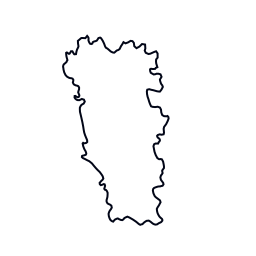 Shklow, Mogilev, Belarus (Natural Earth projection), rotated 70°
{"feature_id": "67162791B50878075194487", "entity_name": "Shklow", "entity_type": "district", "adm_level": 2, "iso_a3": "BLR", "parent_name": "Belarus", "parent_adm1": "Mogilev", "projection": "natural_earth1", "projection_center": [30.382, 54.184], "detail": "fine", "context": "isolated", "style": "outline", "palette": "ink", "viewbox_px": 256, "rotation_deg": 70, "n_neighbors": 0, "source": "geoboundaries", "source_scale": "gbopen_adm2", "svg_char_len": 4583}
<svg xmlns="http://www.w3.org/2000/svg" viewBox="0 0 256 256"><g transform="rotate(70 128 128)"><path d="M152.9,105.0L151.9,104.1L151.3,102.9L150.3,102.1L148.8,102.2L147.5,103.1L146.7,103.4L145.4,103.4L144.8,102.5L144.8,101.7L144.8,100.4L145.8,98.8L146.1,96.7L144.8,95.8L141.0,94.8L139.3,93.7L138.2,92.0L137.4,90.8L135.1,88.4L133.0,86.6L131.5,86.3L130.2,86.8L130.2,87.8L129.2,90.1L127.5,91.4L124.7,91.4L122.0,90.7L119.7,91.0L118.2,92.8L117.6,95.4L116.5,97.7L115.5,98.9L112.9,99.1L110.6,99.1L107.5,98.9L105.4,98.9L102.6,98.5L99.9,97.7L98.6,96.8L98.8,94.8L100.1,93.0L101.2,91.2L102.3,89.7L103.4,88.2L104.1,86.9L104.7,85.6L103.7,83.9L103.0,83.0L101.3,81.2L99.6,81.2L98.2,81.7L96.7,81.8L94.6,81.7L93.3,81.4L92.4,80.2L91.4,79.0L88.7,79.1L87.5,80.7L86.8,82.4L86.8,83.9L86.5,85.5L85.0,86.8L83.9,87.7L82.0,87.7L80.4,87.2L80.2,86.1L81.0,84.7L81.4,83.5L81.7,82.3L81.0,81.3L80.9,79.6L77.0,79.4L75.0,78.9L73.2,78.1L72.0,76.1L68.1,74.7L66.9,75.0L65.5,75.4L65.5,77.6L65.8,81.6L65.5,83.4L63.4,85.6L61.0,85.8L59.2,84.5L55.4,83.4L53.9,86.1L55.4,89.4L55.9,92.7L53.3,94.1L50.0,93.4L47.9,94.1L47.0,95.8L47.6,98.7L47.6,101.4L45.8,102.9L47.5,104.9L48.7,106.6L50.0,107.9L51.0,109.0L51.4,110.6L51.3,111.8L51.7,113.1L52.0,113.7L52.5,115.1L52.1,116.1L51.1,117.2L50.1,118.1L48.2,119.1L46.3,120.2L45.0,121.3L43.5,121.6L40.5,121.6L37.5,121.9L34.4,122.6L33.5,123.3L33.4,125.0L34.1,125.9L35.2,127.4L35.3,128.7L35.1,130.2L35.3,131.7L36.5,132.7L36.5,133.9L35.7,134.9L33.9,135.2L32.2,135.2L31.0,134.7L30.0,134.3L28.9,134.4L27.5,134.9L28.3,136.2L29.0,137.3L28.5,138.5L27.8,140.1L27.5,141.1L27.9,142.3L28.4,143.6L29.0,145.3L31.6,146.1L33.4,146.4L34.5,146.7L35.5,147.6L36.9,149.1L38.7,150.4L40.8,151.6L40.4,153.2L39.8,153.5L38.2,153.8L36.9,154.0L36.4,155.3L37.3,156.3L38.2,157.6L38.0,158.3L36.9,159.0L36.1,159.6L36.2,160.4L37.3,160.8L39.4,161.3L41.0,161.5L42.4,161.6L43.5,161.7L44.2,162.6L45.0,163.3L45.6,164.8L46.2,166.5L46.9,167.3L48.3,168.1L49.3,168.2L51.0,168.6L53.9,168.9L56.8,168.6L58.8,167.8L60.4,166.5L61.2,165.5L62.0,164.0L62.7,163.2L64.1,162.9L65.3,163.5L66.2,164.2L67.5,164.2L68.6,163.9L69.4,163.2L70.1,162.5L70.7,161.5L71.7,160.4L73.2,160.1L74.8,160.7L76.2,161.8L77.4,162.6L78.6,162.6L80.2,162.5L81.1,162.7L82.0,163.8L81.8,164.9L80.9,165.8L79.9,166.4L79.7,167.2L81.1,167.8L82.6,167.4L83.9,166.6L84.6,165.7L85.2,164.2L85.1,162.9L84.9,161.5L86.3,159.7L88.4,159.6L89.9,161.3L90.2,163.1L90.4,163.9L91.4,165.3L92.5,166.3L94.1,166.9L96.4,167.6L99.1,167.9L102.4,168.3L107.0,168.9L111.3,169.6L114.8,170.3L117.3,170.7L119.9,170.8L122.8,170.7L124.3,170.6L125.6,170.6L127.2,171.1L127.7,172.2L127.6,173.6L127.4,174.5L126.6,175.2L127.0,175.9L129.7,176.3L131.8,176.3L133.4,176.2L135.3,175.8L136.7,175.8L137.9,176.0L138.7,176.8L138.7,178.8L138.5,180.2L138.6,180.8L139.6,181.3L140.9,180.6L142.2,179.3L143.5,178.1L144.2,177.5L145.9,175.8L148.9,174.0L152.1,172.9L155.0,171.8L157.3,170.8L159.7,169.6L162.1,168.9L164.0,168.4L165.3,168.3L167.1,168.5L168.0,169.7L168.6,171.2L169.4,172.6L169.8,173.4L171.2,173.7L172.4,173.1L172.5,172.3L172.5,171.2L172.4,170.0L173.0,169.2L174.5,169.3L176.2,170.5L177.0,171.1L178.1,170.8L178.7,169.9L180.1,169.4L181.9,169.3L183.7,170.0L185.7,170.9L187.2,171.9L188.4,172.8L189.9,173.3L190.9,173.2L191.9,173.0L193.0,172.0L194.1,170.9L195.3,170.2L197.3,170.5L198.6,172.0L199.3,173.2L200.5,174.5L201.8,175.5L202.7,175.8L204.6,176.2L206.8,176.2L208.2,176.0L209.6,175.3L210.5,174.5L210.9,173.9L210.7,173.6L210.2,172.8L209.6,171.6L209.4,169.7L209.5,168.5L210.6,167.6L212.0,166.1L212.6,164.9L212.3,163.6L211.4,162.2L211.2,160.8L211.1,158.9L212.6,157.3L215.7,154.7L218.6,152.6L220.1,151.7L221.7,150.8L222.8,150.0L223.2,149.4L223.1,148.6L223.3,147.3L222.8,146.3L222.3,145.2L221.9,143.8L221.6,142.3L222.1,140.2L223.7,138.9L225.3,138.0L226.8,137.0L227.6,136.1L228.2,135.2L228.5,133.6L228.2,132.4L227.9,131.0L227.9,130.0L227.7,128.9L226.8,127.4L225.8,127.1L225.0,127.2L223.6,128.0L222.4,128.6L221.0,129.0L218.7,129.3L217.6,129.3L215.9,129.1L213.9,128.6L212.8,127.5L212.0,126.4L211.1,125.2L209.8,123.8L208.9,122.8L207.5,122.7L206.5,122.9L205.6,123.6L204.6,124.2L203.6,124.9L202.3,125.7L201.0,126.2L198.6,126.4L197.8,126.4L195.2,126.0L193.9,125.2L193.3,124.1L193.2,122.9L193.2,121.4L193.3,119.7L193.9,117.6L193.9,116.7L194.1,115.3L193.1,113.9L191.6,113.7L190.3,114.1L187.9,114.8L185.5,114.5L183.8,113.2L183.2,112.1L182.2,110.9L180.6,110.7L179.6,110.4L179.0,109.5L177.9,107.9L176.3,107.3L174.2,106.9L171.5,106.5L169.0,106.9L168.3,108.0L168.2,108.8L167.8,109.6L166.3,110.7L162.9,111.2L159.4,111.2L157.5,110.9L153.8,110.3L152.2,109.0L152.0,107.5L152.9,105.0Z" fill="none" stroke="#020617" stroke-width="2"/></g></svg>